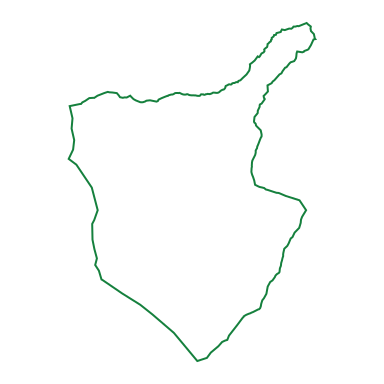 Santa María Teopoxco, Puebla, Mexico (Albers equal-area conic projection)
{"feature_id": "50627088B27256400122103", "entity_name": "Santa María Teopoxco", "entity_type": "district", "adm_level": 2, "iso_a3": "MEX", "parent_name": "Mexico", "parent_adm1": "Puebla", "projection": "albers", "projection_center": [-96.962, 18.176], "detail": "fine", "context": "isolated", "style": "outline", "palette": "green", "viewbox_px": 384, "rotation_deg": 0, "n_neighbors": 0, "source": "geoboundaries", "source_scale": "gbopen_adm2", "svg_char_len": 4873}
<svg xmlns="http://www.w3.org/2000/svg" viewBox="0 0 384 384"><path d="M306.1,210.2L299.5,200.3L285.9,196.0L279.3,193.2L278.3,192.9L276.5,192.8L267.6,189.9L265.9,189.5L264.1,188.0L263.2,187.8L262.1,187.5L259.7,187.0L258.5,186.5L257.3,185.9L255.1,184.8L254.9,183.9L254.2,180.4L253.1,177.1L252.2,174.9L251.8,173.6L251.4,171.9L251.6,168.0L251.9,166.8L251.8,165.8L252.0,162.2L252.3,161.0L252.3,160.7L255.2,154.9L255.7,152.7L255.7,150.5L256.7,148.7L257.0,148.3L257.3,146.3L257.6,145.9L258.6,143.4L260.1,139.4L261.0,137.3L261.5,136.7L261.6,136.0L261.6,134.4L260.7,130.3L256.5,126.1L256.0,125.4L255.9,125.0L255.8,124.1L255.3,123.3L254.3,122.5L254.0,121.4L254.5,117.0L257.5,113.3L257.7,113.0L257.8,110.7L258.6,109.0L259.6,106.9L259.7,105.0L260.0,104.4L261.6,103.6L264.4,99.7L264.7,99.3L264.6,98.6L264.0,98.0L263.6,96.0L265.6,94.0L267.9,91.5L267.5,85.4L271.6,83.2L272.7,81.5L274.4,80.2L279.5,74.4L281.4,73.4L282.5,71.3L285.1,67.7L286.5,67.2L289.3,63.6L290.6,62.3L292.5,61.7L294.2,61.1L295.9,58.5L296.3,56.5L296.6,53.2L297.2,51.5L302.3,52.3L303.9,51.7L304.3,51.0L307.5,49.8L308.4,49.3L310.9,45.2L313.5,39.5L315.3,39.1L314.8,38.5L313.9,34.1L311.0,31.1L310.5,28.6L310.8,26.5L308.3,24.6L306.6,23.0L300.4,25.5L298.7,26.2L297.4,26.0L295.3,26.6L293.5,26.6L292.6,27.8L291.4,28.7L289.1,28.6L284.8,30.1L281.9,29.5L281.1,31.0L280.7,32.0L276.5,33.1L275.9,34.8L274.8,35.0L274.0,35.1L273.7,36.4L271.7,37.9L271.7,39.5L271.0,40.0L270.8,41.4L269.5,42.2L268.5,43.4L267.6,44.0L267.4,45.9L267.1,47.0L264.9,48.7L264.2,49.5L264.5,51.1L263.7,52.3L261.5,53.5L259.7,56.5L259.0,57.1L257.7,56.4L254.7,60.5L252.1,62.7L249.9,64.3L250.1,65.9L249.8,68.0L249.3,70.5L246.5,74.5L242.8,77.9L240.4,80.3L238.5,80.9L238.0,81.7L237.8,82.2L236.2,82.1L234.5,83.0L233.6,83.0L232.3,83.3L232.0,83.7L231.5,84.3L231.4,84.4L230.9,84.5L230.5,84.5L229.8,84.4L229.6,84.4L229.1,84.3L228.7,84.5L228.2,84.7L228.0,84.9L227.4,85.2L226.6,85.6L226.1,85.8L225.9,85.9L225.7,86.0L225.5,86.4L225.4,87.0L225.4,87.4L225.3,87.6L225.2,87.9L225.0,88.2L224.7,88.6L224.3,89.1L224.0,89.3L223.8,89.5L223.5,89.6L222.7,89.7L222.2,89.9L221.9,90.1L221.3,90.4L220.8,90.7L220.6,90.9L220.2,91.2L219.7,91.7L219.4,92.0L218.9,92.3L218.4,92.6L218.0,92.7L217.6,92.8L217.1,92.9L216.4,92.9L215.6,92.8L215.2,92.7L214.8,92.7L214.1,92.7L213.4,92.6L213.2,92.6L212.9,92.7L212.5,92.9L212.1,93.2L211.9,93.3L211.7,93.5L211.4,93.6L211.1,93.7L210.5,93.8L210.4,93.9L210.2,94.0L209.9,94.1L209.3,94.0L209.1,94.1L208.6,94.0L208.0,93.9L207.6,93.9L207.4,94.0L207.2,94.0L206.9,94.1L206.6,94.2L206.0,94.2L205.7,94.3L205.4,94.4L205.2,94.6L204.6,94.8L204.4,94.8L204.1,94.8L203.7,94.7L203.4,94.5L203.3,94.4L203.0,94.4L202.8,94.4L202.4,94.4L201.7,94.3L201.4,94.3L201.2,94.3L200.8,94.5L200.6,94.8L200.5,95.0L200.4,95.2L200.2,95.4L200.0,95.6L199.7,95.8L199.3,95.9L199.2,95.9L198.9,95.9L198.4,95.9L198.2,95.9L197.7,95.8L197.2,95.8L196.4,95.6L196.0,95.5L195.6,95.4L195.4,95.4L194.8,95.4L194.3,95.4L193.7,95.3L192.8,95.3L192.3,95.3L191.7,95.3L191.2,95.3L190.5,95.2L190.3,95.2L189.6,95.1L189.3,95.0L189.1,95.0L188.5,94.6L188.2,94.5L187.7,94.3L187.3,94.2L186.9,94.2L186.6,94.3L186.1,94.5L185.8,94.5L185.4,94.6L185.0,94.6L184.3,94.6L184.0,94.6L183.6,94.5L183.0,94.4L182.1,94.1L181.7,93.9L181.0,93.6L180.3,93.2L179.7,93.0L179.5,92.9L179.3,92.9L178.9,93.0L178.4,93.1L177.8,93.0L176.8,93.0L176.2,93.0L175.8,93.0L175.4,93.1L174.7,93.3L174.2,93.7L173.6,94.1L173.1,94.3L172.8,94.4L172.7,94.4L172.4,94.5L172.1,94.5L171.6,94.5L171.3,94.5L171.1,94.6L170.3,94.8L169.6,95.0L169.1,95.1L168.6,95.4L168.0,95.8L167.9,95.7L167.5,95.8L164.9,96.8L161.5,98.2L158.6,99.6L157.8,101.1L156.5,101.6L150.0,100.3L146.4,100.7L145.1,101.5L143.0,102.2L141.9,102.3L140.3,102.2L135.8,100.4L133.5,99.1L131.1,96.7L130.2,95.7L126.7,97.5L124.6,97.4L122.8,97.8L120.0,97.2L118.7,95.3L116.8,93.1L112.4,92.5L109.3,92.3L107.8,91.9L104.4,93.0L97.5,95.7L94.2,97.9L93.5,97.8L89.3,98.1L85.2,100.9L82.3,102.4L81.1,103.9L79.5,104.1L69.7,106.1L72.5,118.3L71.6,128.6L74.2,140.1L73.1,149.6L68.7,158.9L76.4,164.7L91.8,187.6L97.7,210.2L94.2,220.1L92.2,223.9L92.3,229.1L92.5,239.7L94.4,249.1L96.9,258.4L95.2,265.0L98.9,270.7L101.5,279.5L102.5,280.0L122.1,293.4L140.3,304.8L152.5,314.5L173.9,332.9L197.3,361.0L206.9,357.9L210.8,352.6L218.4,346.2L222.1,342.0L225.0,340.6L227.3,339.9L229.0,335.6L237.2,325.1L242.5,318.0L243.6,316.9L243.7,316.4L245.1,315.5L246.3,314.8L248.7,313.8L249.0,313.7L250.2,313.3L250.5,313.2L251.0,312.9L251.3,312.7L251.8,312.5L252.7,312.2L254.3,311.4L258.0,309.5L259.1,309.2L260.1,308.2L260.8,306.3L261.2,303.9L262.3,300.3L263.9,298.3L266.4,293.8L267.7,286.6L270.2,282.0L272.5,280.4L274.8,277.2L275.5,275.6L276.8,274.2L278.9,272.9L279.5,272.0L279.9,268.3L280.9,265.8L281.2,263.0L282.0,260.4L282.5,258.1L283.2,256.0L283.1,254.8L283.3,253.1L284.3,248.7L287.3,245.9L288.7,243.3L290.7,238.5L292.5,237.1L294.6,232.6L299.2,227.9L300.7,222.9L301.0,219.7L302.1,216.8L306.1,210.2Z" fill="none" stroke="#15803d" stroke-width="2"/></svg>